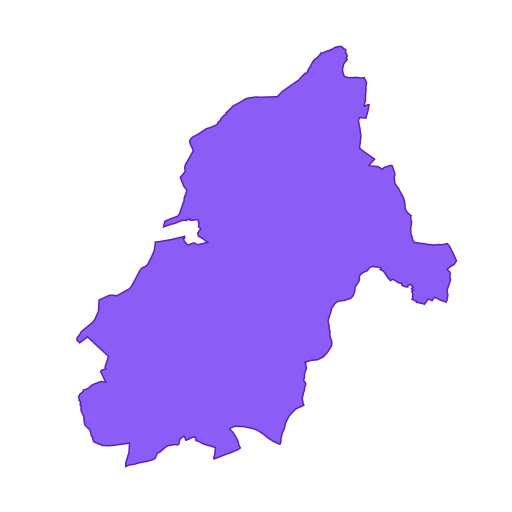 Dostat, Alba, Romania, rotated 351°
{"feature_id": "2599482B86797117327807", "entity_name": "Dostat", "entity_type": "district", "adm_level": 2, "iso_a3": "ROU", "parent_name": "Romania", "parent_adm1": "Alba", "projection": "equal_earth", "projection_center": [23.834, 45.965], "detail": "fine", "context": "isolated", "style": "filled", "palette": "violet", "viewbox_px": 512, "rotation_deg": 351, "n_neighbors": 0, "source": "geoboundaries", "source_scale": "gbopen_adm2", "svg_char_len": 6026}
<svg xmlns="http://www.w3.org/2000/svg" viewBox="0 0 512 512"><g transform="rotate(351 256 256)"><path d="M207.3,444.5L210.3,443.3L210.5,443.0L209.5,440.2L209.2,436.0L208.1,432.4L205.9,427.1L204.6,424.9L202.9,423.0L204.2,421.9L206.8,421.1L209.0,421.0L215.1,422.1L218.5,423.0L227.1,426.5L229.9,428.2L231.6,429.6L236.0,433.7L239.6,437.8L243.8,441.5L249.9,445.6L250.5,445.4L250.9,444.8L251.6,443.1L252.0,440.8L252.7,438.6L254.6,434.6L257.5,429.8L258.6,426.6L260.5,423.4L263.4,419.6L266.7,416.6L271.5,413.2L279.9,410.9L279.4,408.5L279.5,404.9L279.3,403.7L280.4,401.6L281.2,399.1L282.8,396.1L283.7,393.0L285.1,390.7L285.1,389.3L284.1,387.6L283.7,386.3L283.7,385.8L284.9,383.5L285.5,379.7L288.4,374.7L288.1,372.1L288.3,369.5L287.6,368.6L294.1,367.7L300.4,368.1L305.5,366.6L307.1,365.9L310.8,363.0L315.0,358.5L316.4,356.7L317.2,354.7L317.4,352.6L317.3,351.2L316.6,348.0L316.7,344.5L317.3,342.1L317.0,339.3L317.3,335.3L316.9,331.7L317.7,329.7L321.2,322.8L322.2,320.1L322.8,319.2L326.6,315.3L328.7,314.0L331.5,313.4L336.7,313.8L339.5,313.1L341.2,313.0L343.0,312.4L344.8,311.3L346.2,309.6L348.2,305.9L348.8,302.7L349.4,301.9L353.5,297.3L354.2,296.2L354.6,294.9L354.8,292.7L355.5,291.4L356.7,290.3L359.0,289.1L363.6,287.9L366.8,284.9L369.5,284.7L374.6,286.0L376.8,286.8L377.6,287.4L377.8,287.7L377.5,288.2L376.6,288.7L379.1,290.7L380.0,291.8L382.8,298.0L384.0,299.7L384.8,301.3L387.7,300.4L392.4,304.6L396.0,306.0L395.4,307.5L397.1,308.9L398.9,309.8L401.0,310.4L401.5,308.9L404.4,308.2L405.0,309.8L406.4,311.2L404.4,312.7L406.2,314.4L404.2,315.1L404.8,316.9L404.9,317.8L404.6,319.5L404.2,320.2L404.6,321.2L403.3,323.0L404.8,324.2L407.2,325.6L407.5,326.0L407.2,326.5L407.2,326.8L413.0,329.0L414.8,330.0L416.9,328.1L418.8,325.8L420.3,325.9L422.8,327.6L423.6,327.1L424.9,325.5L426.1,324.7L432.0,328.9L436.6,331.3L437.9,329.2L439.5,324.2L439.2,322.8L439.4,321.4L439.2,319.7L440.4,317.7L444.5,309.9L444.3,306.1L444.6,305.1L445.3,304.0L445.3,303.5L444.8,302.1L442.6,299.0L447.0,296.6L450.5,295.3L451.2,294.2L452.4,293.2L453.4,291.7L452.5,289.9L452.2,287.8L448.8,277.0L446.9,273.6L441.4,274.0L438.0,273.2L433.0,273.0L430.9,272.2L428.0,271.7L425.7,270.7L415.6,267.7L414.1,266.9L413.2,264.2L413.2,261.6L412.4,258.3L413.3,252.2L414.9,247.3L415.0,246.1L414.6,243.1L415.0,241.5L415.5,240.3L412.4,236.9L411.1,233.9L410.7,231.4L411.2,228.8L411.2,225.5L410.7,221.2L408.2,214.5L407.7,212.3L405.5,208.3L404.6,205.8L404.8,200.6L405.2,199.1L405.8,197.8L406.0,196.3L405.3,192.3L404.8,188.5L403.9,187.7L402.9,187.5L397.9,188.5L396.4,188.5L394.6,190.2L391.9,187.9L390.4,186.8L387.5,185.9L385.2,185.7L382.1,184.5L381.8,184.1L382.0,183.9L388.3,178.9L386.0,176.8L383.1,173.7L380.9,171.9L375.2,165.8L375.7,163.2L376.5,161.0L378.5,153.3L378.4,150.1L378.6,146.5L378.3,138.0L379.0,137.2L379.6,135.6L379.9,135.5L386.2,137.0L389.4,129.8L391.4,124.2L390.0,124.2L386.4,125.0L386.2,124.8L387.0,123.3L387.3,121.7L388.4,119.8L389.3,114.2L390.6,109.4L391.1,105.8L391.7,103.6L392.4,102.4L391.2,98.4L390.8,96.7L387.8,96.7L382.8,95.2L378.5,94.9L376.1,94.5L373.3,93.5L371.7,92.6L371.3,92.2L371.2,91.2L370.7,90.6L370.8,89.5L370.5,88.0L370.6,85.9L371.1,83.6L372.1,81.7L372.2,80.9L374.3,78.2L375.4,77.5L375.9,76.4L376.9,76.1L376.8,75.7L376.2,75.2L376.2,74.6L376.4,73.9L377.2,73.3L377.4,72.7L376.9,70.2L376.0,69.4L376.7,68.2L376.7,67.5L376.9,66.5L376.8,65.9L375.1,65.3L374.8,64.4L372.9,62.3L372.0,62.1L367.6,62.2L365.5,62.7L364.0,63.6L361.7,64.1L361.9,64.4L361.8,64.6L360.4,64.4L360.0,64.7L359.1,64.6L356.1,65.2L354.5,65.9L351.9,65.7L351.1,66.3L350.7,67.4L349.6,68.0L347.1,69.9L345.4,70.6L343.6,71.9L343.0,72.8L342.2,73.2L340.7,75.5L335.9,81.2L336.1,81.7L334.0,83.6L332.9,83.2L327.0,87.6L326.5,88.5L307.5,97.7L302.0,102.0L285.4,99.9L280.5,98.9L273.0,98.8L269.5,99.4L266.1,101.0L256.7,104.3L252.8,107.4L249.1,109.8L249.6,110.0L248.8,110.9L246.4,112.2L243.7,114.1L242.4,115.7L242.0,116.6L239.8,117.7L238.5,119.6L237.1,120.4L232.7,121.7L226.9,122.5L217.6,126.7L211.9,128.7L210.1,129.9L208.5,131.9L208.6,134.9L210.7,142.2L210.0,142.7L209.4,143.8L200.8,154.4L199.9,156.2L199.4,158.0L199.4,160.5L199.1,161.5L197.7,162.9L193.5,166.6L195.7,176.1L197.4,178.8L197.7,180.2L197.5,181.7L194.1,187.5L193.8,189.7L187.0,202.4L184.7,204.5L174.8,206.5L171.4,207.5L169.2,212.8L176.1,211.5L181.5,211.0L188.2,209.3L191.8,209.6L192.6,210.1L195.1,208.9L196.3,208.9L196.1,210.0L198.3,210.7L203.1,210.8L204.3,211.5L204.7,212.1L204.3,214.1L204.9,214.7L203.8,218.0L205.7,220.6L202.1,224.0L202.2,227.4L206.1,230.4L210.4,235.0L200.3,235.8L196.7,233.3L190.3,234.5L187.5,230.3L187.0,227.3L188.2,227.2L188.7,225.5L175.1,226.5L163.1,226.7L158.6,226.5L158.2,229.0L156.6,234.0L154.7,237.5L148.1,247.0L145.8,248.8L141.5,250.0L139.5,251.6L128.3,266.5L125.6,268.7L113.1,273.2L111.6,273.4L108.4,272.3L106.4,272.0L104.1,272.1L94.1,275.0L91.8,285.9L87.0,293.3L84.4,295.9L71.6,303.4L70.4,305.2L66.8,308.6L65.9,310.8L68.2,314.2L77.0,309.6L94.6,332.0L89.5,342.0L90.1,343.9L85.5,344.7L84.4,345.7L87.9,356.9L85.6,356.6L83.9,355.8L82.7,355.7L79.5,356.6L76.5,357.0L73.7,357.9L69.9,360.2L68.3,360.8L64.3,361.5L64.2,362.8L60.8,364.7L60.0,365.5L58.6,367.5L59.2,370.0L58.8,370.5L58.7,371.1L59.9,372.2L59.3,374.1L59.4,374.8L59.1,375.5L59.1,376.1L59.9,376.4L59.1,380.4L59.2,382.6L60.1,384.5L60.8,388.3L60.4,390.9L60.5,396.0L65.0,402.4L64.9,403.6L65.4,408.7L66.2,409.2L66.4,409.7L66.2,411.6L66.3,413.2L66.9,414.2L67.6,414.9L70.4,416.2L70.5,416.7L71.5,416.9L74.8,419.2L81.2,420.4L87.2,420.8L101.8,421.0L100.1,428.9L99.3,431.4L98.6,432.5L95.0,440.0L94.4,443.5L98.7,442.5L103.4,442.7L107.4,442.0L115.4,441.8L122.6,441.0L124.2,440.3L125.0,439.8L127.2,436.0L128.0,435.3L131.1,434.2L137.7,430.1L139.7,429.6L143.3,429.5L146.6,429.5L148.9,430.3L149.9,430.1L150.5,429.4L151.7,426.0L152.5,424.9L153.0,424.4L156.4,422.7L156.8,422.8L157.1,423.2L157.9,427.1L165.4,425.0L167.6,425.4L167.8,425.7L167.6,426.8L168.4,427.9L167.8,428.7L168.3,429.2L171.3,430.8L173.5,432.7L175.2,433.7L186.1,438.9L185.5,440.4L184.3,445.4L182.7,448.7L182.6,449.6L182.8,449.9L197.4,446.7L200.9,446.2L207.3,444.5Z" fill="#8b5cf6" stroke="#5b21b6" stroke-width="1.5"/></g></svg>